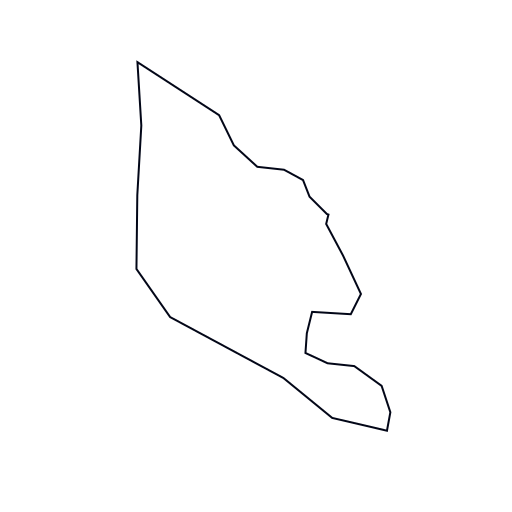 outline of Landskrona, Skåne, Sweden, rotated 33°
{"feature_id": "70781695B51244524104", "entity_name": "Landskrona", "entity_type": "district", "adm_level": 2, "iso_a3": "SWE", "parent_name": "Sweden", "parent_adm1": "Skåne", "projection": "natural_earth1", "projection_center": [12.956, 55.915], "detail": "fine", "context": "isolated", "style": "outline", "palette": "ink", "viewbox_px": 512, "rotation_deg": 33, "n_neighbors": 0, "source": "geoboundaries", "source_scale": "gbopen_adm2", "svg_char_len": 510}
<svg xmlns="http://www.w3.org/2000/svg" viewBox="0 0 512 512"><g transform="rotate(33 256 256)"><path d="M51.0,158.0L88.8,209.1L123.3,269.6L162.8,332.0L217.3,354.0L345.5,343.4L408.1,350.3L461.0,331.2L460.9,331.0L453.8,313.9L432.1,296.5L398.4,294.8L374.4,307.0L350.3,310.4L340.7,293.1L333.5,272.3L367.2,253.2L364.7,230.7L328.7,208.2L297.4,190.9L294.2,181.8L292.6,182.2L268.6,177.1L254.1,166.7L232.5,168.4L208.5,180.5L177.2,175.3L148.4,158.0L51.0,158.0Z" fill="none" stroke="#020617" stroke-width="2"/></g></svg>